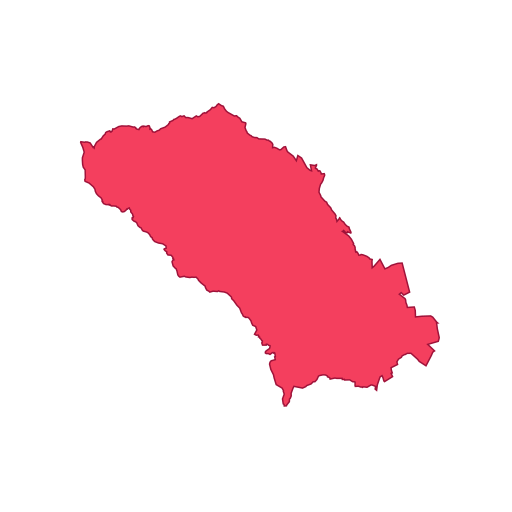 Ighiu, Alba, Romania (orthographic projection), rotated 14°
{"feature_id": "2599482B12358370683897", "entity_name": "Ighiu", "entity_type": "district", "adm_level": 2, "iso_a3": "ROU", "parent_name": "Romania", "parent_adm1": "Alba", "projection": "orthographic", "projection_center": [23.47, 46.158], "detail": "fine", "context": "isolated", "style": "filled", "palette": "rose", "viewbox_px": 512, "rotation_deg": 14, "n_neighbors": 0, "source": "geoboundaries", "source_scale": "gbopen_adm2", "svg_char_len": 6117}
<svg xmlns="http://www.w3.org/2000/svg" viewBox="0 0 512 512"><g transform="rotate(14 256 256)"><path d="M319.7,394.7L321.8,394.0L321.9,393.0L323.6,389.3L323.1,386.7L323.7,385.6L324.0,383.2L323.3,380.8L323.8,375.7L324.3,373.3L333.1,372.9L335.9,370.7L336.5,369.5L340.4,366.8L341.9,364.2L343.6,363.7L345.0,361.1L345.7,357.4L346.7,356.6L349.7,355.1L352.2,354.6L354.4,355.2L354.7,356.0L355.9,356.0L357.3,356.6L357.7,357.5L362.1,355.3L364.0,355.2L369.2,353.9L369.6,354.9L371.6,354.3L371.9,354.9L376.9,353.5L380.2,354.6L382.3,354.2L382.7,354.6L383.5,357.9L383.9,358.5L386.8,357.6L389.5,357.8L391.1,357.3L391.2,357.6L392.1,356.9L395.5,356.5L398.8,353.3L400.0,353.1L403.6,353.6L403.8,356.3L405.5,357.1L404.9,351.7L405.6,343.4L407.2,341.6L408.6,343.3L410.3,346.3L411.1,346.8L417.7,340.0L415.5,337.2L416.5,336.5L414.9,333.9L414.1,331.7L419.6,327.0L418.3,324.6L419.2,321.6L421.6,319.1L421.9,317.6L423.8,315.8L424.6,315.5L426.2,313.9L429.9,312.9L437.8,317.1L439.9,318.8L447.5,321.4L450.2,310.1L450.7,306.9L451.3,305.8L452.2,304.9L444.0,300.2L453.5,294.7L453.6,292.2L453.5,290.8L449.6,282.9L447.4,277.3L448.4,277.0L447.4,276.5L442.3,272.6L440.0,271.9L431.3,274.4L425.5,276.5L423.7,270.3L421.9,267.2L415.3,269.3L414.4,267.3L412.6,264.7L411.8,262.4L410.9,261.3L404.3,258.4L405.7,256.4L408.8,258.2L413.8,253.9L399.5,227.5L395.4,228.8L389.6,232.3L387.1,235.1L384.2,237.3L377.1,229.3L373.0,237.4L371.6,239.3L369.8,233.1L369.6,231.3L367.0,231.3L366.3,230.5L363.6,229.5L359.5,229.0L357.6,229.1L357.2,229.7L355.6,230.4L354.3,228.7L352.8,227.5L352.1,228.2L351.9,228.1L351.3,227.1L351.1,226.2L350.6,225.6L350.0,223.5L349.0,222.2L347.6,221.4L347.7,220.3L344.5,216.7L341.1,214.1L333.9,211.2L334.6,210.7L334.9,210.0L337.2,211.5L339.1,211.2L339.1,210.4L342.4,210.8L342.5,210.4L342.2,209.7L339.8,206.7L339.3,205.5L337.0,205.0L334.8,203.7L332.7,201.8L331.6,201.6L329.2,200.1L328.3,198.9L327.9,198.7L327.5,200.2L326.2,202.9L325.1,200.7L324.2,199.9L323.8,197.5L322.4,196.0L318.3,193.1L316.8,191.1L312.9,188.6L311.5,186.7L309.5,186.1L304.6,182.8L304.2,181.8L301.7,178.9L301.1,175.0L301.3,170.7L302.0,169.2L302.7,166.3L302.7,163.7L303.1,161.3L302.9,160.5L302.3,159.6L299.5,160.6L299.2,159.9L297.5,158.0L296.5,158.0L295.9,158.6L294.1,156.8L292.5,156.6L292.3,155.9L292.8,153.5L292.6,152.8L291.1,154.0L286.7,154.4L289.3,159.9L287.7,159.8L284.0,158.0L276.5,149.9L272.3,148.4L272.1,153.8L268.0,150.1L261.7,147.4L260.6,146.4L258.2,142.8L256.6,143.5L254.4,146.8L253.1,147.3L250.2,146.4L247.5,146.1L245.9,146.9L245.3,143.7L244.4,142.6L242.0,141.2L241.3,141.3L240.1,140.6L238.7,140.9L236.4,140.4L230.4,141.7L228.2,140.9L226.0,141.4L223.3,141.2L222.1,140.4L221.0,140.3L217.8,138.8L216.9,137.4L216.1,136.8L214.2,133.9L214.2,130.6L214.0,129.6L213.6,129.3L209.8,129.2L207.0,126.3L204.7,125.5L203.2,124.6L201.1,125.4L194.1,123.5L192.3,122.7L189.9,120.8L188.1,118.6L186.0,118.4L182.9,117.3L181.8,118.7L181.0,120.7L179.3,122.3L177.6,122.4L176.3,125.1L173.5,128.3L173.6,128.8L172.6,129.5L171.5,129.4L171.3,129.8L170.2,130.1L167.6,134.2L165.8,135.0L164.2,134.5L160.8,138.2L156.5,138.1L154.3,138.7L152.3,137.4L150.3,138.7L149.0,138.3L148.0,138.9L145.4,141.8L143.8,143.2L143.3,143.3L142.6,144.6L139.7,146.8L140.0,147.7L139.3,148.7L139.3,149.5L136.7,152.9L132.7,155.6L131.7,157.3L129.7,158.6L127.9,160.4L125.6,160.5L124.3,158.8L123.0,158.0L122.4,158.5L122.1,157.3L121.0,155.6L119.9,155.6L118.0,157.0L116.1,157.1L115.7,157.6L115.3,157.2L114.9,157.2L114.7,157.7L113.7,157.9L112.4,159.6L111.8,161.0L111.9,161.6L111.5,161.7L109.7,161.7L108.6,161.3L108.6,160.9L107.7,160.4L106.6,160.2L105.9,160.6L101.1,160.5L99.0,161.3L94.2,162.3L91.5,163.6L87.7,167.1L86.3,167.3L86.2,169.6L85.2,170.5L85.2,170.9L84.6,170.9L83.8,169.9L81.3,171.5L80.3,172.6L80.1,174.4L78.8,176.2L77.5,179.9L76.9,180.2L73.8,184.3L72.6,189.1L72.7,189.5L72.3,189.1L71.6,189.5L71.6,190.0L67.7,186.4L64.9,186.2L62.9,186.6L62.2,187.1L58.4,187.5L58.4,188.3L61.6,192.4L64.2,196.8L63.8,202.7L64.3,204.8L65.6,209.0L66.9,211.6L69.4,213.8L71.3,220.7L71.6,222.3L71.4,223.5L72.1,224.9L76.4,225.6L81.5,228.2L83.6,230.2L84.4,232.0L86.1,234.1L88.5,235.7L91.5,237.0L93.3,238.8L93.1,239.0L93.5,240.3L94.2,240.5L94.1,240.8L95.4,242.0L98.0,242.4L100.2,241.9L101.1,242.0L101.0,241.5L101.7,241.4L102.7,242.2L104.1,242.4L105.0,242.0L108.3,241.5L109.3,242.2L110.4,242.1L112.6,243.3L113.6,244.0L114.6,245.4L116.0,245.5L117.4,244.8L118.6,243.3L119.4,241.5L120.0,241.6L120.4,240.7L121.4,240.0L122.1,241.1L123.4,241.9L123.8,243.5L126.1,245.2L126.7,246.5L127.6,247.4L127.4,248.5L127.0,248.3L126.6,248.7L126.8,250.2L127.4,250.8L129.6,251.9L130.3,251.7L132.2,252.6L134.2,255.2L136.6,256.4L137.5,256.4L139.7,258.7L140.7,259.1L144.0,259.2L145.6,259.6L147.7,261.0L149.1,262.7L150.8,263.3L151.3,264.4L152.6,265.5L154.3,266.5L158.2,267.0L162.4,266.7L166.2,268.0L167.0,270.1L165.2,271.3L165.2,271.9L166.8,273.0L168.4,273.5L168.6,274.8L170.3,276.3L173.5,275.8L175.5,277.3L175.9,277.9L175.9,278.5L176.8,278.8L177.2,279.6L176.4,279.9L175.9,281.9L178.0,285.7L180.8,287.5L181.5,287.6L182.9,289.6L184.7,293.2L185.8,294.2L187.3,294.9L191.4,293.0L192.8,293.3L197.0,292.9L198.9,292.0L201.0,291.7L203.0,291.0L205.4,292.5L206.1,293.5L209.0,295.3L214.0,297.6L214.6,298.9L216.5,301.0L218.9,301.6L219.9,302.2L222.9,300.5L227.2,299.8L228.2,298.8L229.3,299.2L233.9,298.6L237.1,299.0L241.7,301.5L242.3,302.1L242.7,303.3L245.1,304.7L249.4,308.4L252.8,310.5L255.7,314.7L256.7,315.5L258.1,317.3L259.4,317.8L260.3,317.6L260.6,318.1L263.1,317.5L264.2,318.0L266.7,320.0L268.0,322.1L269.6,324.0L272.7,324.5L274.7,327.6L273.5,332.3L275.4,332.8L277.3,332.2L277.8,332.6L278.0,333.9L279.0,333.7L279.5,334.7L280.9,335.5L282.1,336.7L282.7,336.8L282.9,338.3L282.6,338.9L283.9,340.9L287.5,340.0L287.4,339.1L288.4,338.9L290.0,339.6L291.3,339.6L291.6,340.6L291.5,342.5L288.8,345.6L288.3,346.8L288.5,347.8L289.5,348.2L291.7,347.7L293.4,348.1L295.2,345.9L295.9,345.5L296.6,346.0L297.8,345.0L297.6,345.4L299.1,348.9L298.5,349.3L299.8,351.9L296.1,354.0L295.3,355.6L295.3,357.6L297.8,362.4L301.7,367.0L303.1,369.9L306.7,375.9L313.2,377.8L315.2,379.9L315.2,380.6L316.8,383.2L316.3,388.3L318.2,392.9L319.1,393.2L319.7,394.7Z" fill="#f43f5e" stroke="#9f1239" stroke-width="1.5"/></g></svg>